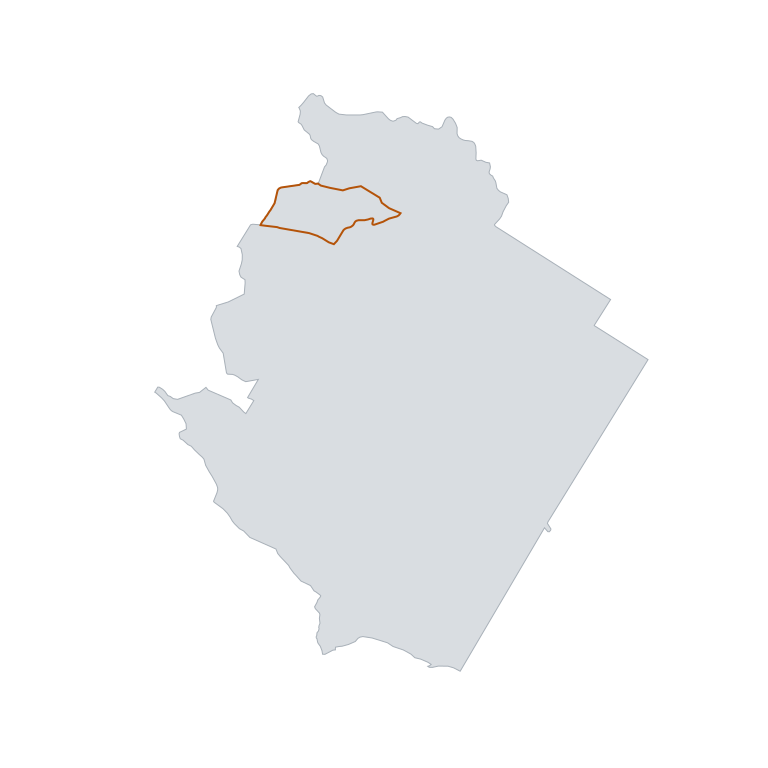 Sudan, with Eastern Darfur highlighted, rotated 122°
{"feature_id": "SDN-5857", "entity_name": "Eastern Darfur", "entity_type": "State", "adm_level": 1, "iso_a3": "SDN", "parent_name": "Sudan", "parent_adm1": "", "projection": "albers", "projection_center": [26.343, 11.27], "detail": "fine", "context": "in_parent", "style": "outline", "palette": "amber", "viewbox_px": 768, "rotation_deg": 122, "n_neighbors": 0, "source": "natural_earth", "source_scale": "10m", "svg_char_len": 4956}
<svg xmlns="http://www.w3.org/2000/svg" viewBox="0 0 768 768"><g transform="rotate(122 384 384)"><path d="M512.4,574.1L506.5,574.2L505.8,572.8L505.8,568.9L506.4,565.9L508.4,561.2L507.8,558.6L508.1,555.0L506.4,550.9L491.8,539.3L488.9,536.0L481.2,533.2L482.4,529.8L478.7,505.4L480.2,502.5L480.6,498.2L480.4,494.4L482.1,488.1L482.3,485.5L467.1,485.6L467.0,488.3L467.8,491.3L467.8,492.5L446.7,493.0L455.3,502.5L455.8,506.7L455.4,511.9L455.6,515.3L456.1,517.5L458.5,521.8L458.4,522.6L457.9,523.6L443.1,536.7L440.7,542.7L438.8,545.8L434.5,551.2L421.0,565.1L418.8,566.0L408.4,566.7L407.3,567.0L406.5,567.7L406.1,567.5L397.0,559.6L381.8,550.2L371.9,555.3L369.2,557.2L369.2,561.8L367.8,564.2L365.1,566.8L357.7,568.6L353.9,570.0L349.4,572.7L344.9,577.1L344.6,579.3L345.1,581.4L319.7,581.5L318.0,579.9L314.3,572.7L311.7,573.1L288.5,572.4L285.2,573.1L278.5,576.1L275.2,576.6L271.8,575.2L259.6,561.0L256.9,559.3L254.2,555.9L251.6,554.4L250.7,553.3L250.4,551.8L250.5,548.6L249.6,546.7L247.7,546.2L231.4,549.5L229.0,549.1L225.6,549.7L224.4,550.3L223.0,552.1L222.8,556.0L222.3,558.0L221.1,560.1L216.4,564.9L215.3,567.0L215.5,572.4L215.2,575.1L214.5,576.3L212.4,578.3L211.7,579.5L210.8,586.3L208.3,590.4L207.6,591.9L207.5,594.9L207.1,595.8L199.6,598.1L196.8,599.6L195.1,601.9L194.7,602.8L191.5,602.0L187.5,601.4L179.7,600.6L176.6,599.5L175.2,597.8L175.7,593.7L174.9,592.8L173.7,592.1L172.9,590.3L173.1,588.1L177.2,583.4L178.1,580.8L179.2,568.9L179.0,565.2L175.8,558.5L168.5,546.8L166.7,544.5L157.5,534.9L156.5,533.5L154.3,529.4L156.8,520.6L157.0,518.2L156.4,515.6L154.1,513.7L152.0,513.5L149.3,511.1L147.5,510.0L146.0,507.9L144.9,505.0L145.8,494.6L145.3,493.2L143.0,492.8L142.4,492.0L142.6,490.0L141.4,484.1L140.0,479.2L140.8,476.5L138.9,472.8L135.1,471.1L127.8,472.2L125.5,472.0L123.9,471.3L122.8,469.9L122.3,468.3L122.8,465.9L125.0,461.5L127.7,457.9L133.0,454.7L134.4,453.0L135.3,451.0L135.4,448.8L135.1,446.4L134.5,444.3L133.0,441.4L131.6,438.0L131.6,435.8L132.4,434.1L133.8,432.2L139.1,428.4L144.5,425.3L145.4,424.2L145.1,422.9L142.7,420.2L142.0,415.1L140.6,411.6L143.4,408.9L145.4,408.0L148.6,407.2L149.8,406.1L150.2,404.0L150.1,402.0L151.3,400.4L152.8,397.2L154.0,395.8L158.2,392.0L159.1,389.6L159.4,387.2L158.4,380.0L160.8,377.0L163.8,374.6L168.1,374.8L174.8,374.3L179.4,373.3L182.7,373.4L190.1,374.8L190.9,374.2L191.3,372.3L192.3,236.6L222.7,236.8L223.1,236.6L223.4,173.0L414.0,171.9L415.6,171.6L418.5,165.6L419.7,165.2L421.7,165.5L422.4,166.8L420.9,171.7L587.2,167.2L587.8,174.5L589.4,180.2L594.4,188.4L598.6,192.7L600.1,195.1L600.3,196.2L600.2,197.3L598.9,196.1L596.8,195.4L596.7,199.3L597.9,207.2L599.8,212.8L598.8,218.0L599.3,226.7L601.8,237.2L601.6,243.9L605.7,259.5L609.4,268.1L611.4,270.2L613.5,271.3L617.6,271.9L623.7,276.1L628.6,280.6L630.4,283.0L632.8,285.6L634.3,285.0L635.2,284.3L636.9,286.4L644.5,290.8L645.7,292.9L643.1,295.2L640.2,299.0L638.8,302.5L638.0,303.6L635.6,305.8L635.2,306.9L634.2,307.6L633.0,307.7L630.5,309.0L628.2,308.7L625.9,309.4L625.1,310.3L623.2,311.1L620.8,311.5L617.0,314.6L613.6,316.1L612.5,317.3L610.9,323.2L609.7,324.8L604.7,325.1L602.2,325.7L598.8,325.2L597.2,325.3L596.8,326.6L596.4,331.6L596.5,333.7L593.9,339.5L595.1,350.0L592.7,358.1L592.3,359.9L589.8,366.3L588.4,368.7L585.3,380.6L584.1,384.2L581.2,388.2L585.2,416.4L583.0,425.1L583.3,429.9L581.7,436.9L580.5,440.2L578.3,444.2L576.5,448.6L575.1,454.4L574.3,465.3L573.8,466.4L564.8,468.0L562.0,468.9L560.1,470.1L557.8,473.0L553.4,480.8L551.1,485.6L547.5,492.1L543.2,496.8L542.4,499.1L541.7,503.2L540.3,509.8L538.9,514.5L539.3,518.2L538.1,524.7L538.4,527.8L536.9,529.6L534.8,531.4L533.4,531.8L526.9,527.7L522.6,530.8L519.9,535.1L517.8,539.3L519.3,548.3L519.3,550.2L518.7,552.4L514.7,561.3L513.6,565.3L512.4,572.4L512.4,574.1Z" fill="#d9dde1" stroke="#a8b0b8" stroke-width="1"/><path d="M276.0,576.9L274.1,576.7L273.3,576.3L271.9,575.4L265.9,568.3L259.9,561.2L257.4,560.3L257.0,559.8L256.6,559.3L254.7,556.1L254.5,555.9L254.4,555.8L254.2,555.6L253.2,555.3L252.7,555.1L251.6,554.4L251.3,554.2L251.1,554.0L251.1,553.9L251.0,553.7L250.8,548.7L250.7,548.3L250.5,548.1L249.2,546.3L249.0,546.2L249.2,542.7L246.3,533.8L241.6,521.5L236.4,517.1L228.5,508.4L228.3,486.3L231.5,481.9L232.2,472.9L230.4,460.5L231.8,460.6L233.2,460.9L234.2,461.4L235.1,461.9L241.1,467.4L245.3,469.9L246.8,470.7L253.7,476.3L254.3,476.9L254.6,477.6L254.7,478.2L254.4,478.7L253.7,479.1L250.9,479.9L250.2,480.2L249.9,480.4L249.7,480.7L249.6,481.3L250.0,481.9L250.8,483.0L252.9,484.7L255.5,487.4L258.6,492.4L260.2,493.9L261.4,494.4L262.6,494.5L263.5,494.4L264.6,494.3L265.9,494.4L267.8,495.1L268.8,495.7L269.4,496.2L270.8,497.7L272.5,499.0L273.9,499.6L275.1,499.9L287.5,499.7L292.0,500.6L293.1,505.9L293.1,513.7L293.6,517.4L293.6,518.8L295.7,527.4L307.0,555.2L307.6,557.8L312.5,568.1L314.7,572.9L314.4,573.0L313.9,573.1L310.7,573.3L306.6,572.7L306.4,572.7L305.8,572.9L305.6,572.9L303.0,572.6L298.4,572.6L296.9,572.4L288.7,572.6L276.3,576.8L276.0,576.9Z" fill="none" stroke="#b45309" stroke-width="2"/></g></svg>